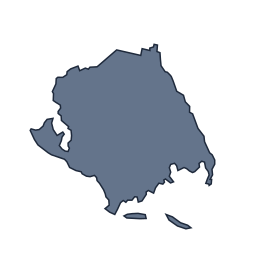 Terrebonne, Louisiana, United States of America (Natural Earth projection), rotated 14°
{"feature_id": "52423323B18014802865122", "entity_name": "Terrebonne", "entity_type": "district", "adm_level": 2, "iso_a3": "USA", "parent_name": "United States of America", "parent_adm1": "Louisiana", "projection": "natural_earth1", "projection_center": [-90.835, 29.408], "detail": "fine", "context": "isolated", "style": "filled", "palette": "slate", "viewbox_px": 256, "rotation_deg": 14, "n_neighbors": 0, "source": "geoboundaries", "source_scale": "gbopen_adm2", "svg_char_len": 2209}
<svg xmlns="http://www.w3.org/2000/svg" viewBox="0 0 256 256"><g transform="rotate(14 128 128)"><path d="M220.6,164.1L222.3,162.1L221.6,157.7L220.1,158.0L221.4,153.0L219.5,147.8L220.9,142.1L219.9,138.1L216.2,133.7L213.2,132.3L205.6,122.8L203.7,117.6L196.0,111.5L187.3,98.7L183.9,97.8L182.6,92.1L177.3,88.8L173.9,82.8L166.4,80.6L160.5,71.6L157.7,67.8L156.6,66.8L152.7,64.4L150.4,64.4L145.0,59.6L142.9,53.7L140.8,47.2L137.6,46.8L136.5,40.4L133.1,40.5L133.1,43.2L129.8,45.2L130.5,47.5L122.5,47.6L122.8,54.5L98.1,55.0L83.2,76.1L76.4,78.2L75.3,80.5L72.1,80.2L67.3,84.1L64.5,80.0L58.1,84.5L55.3,88.0L55.7,91.1L52.5,94.6L47.6,95.8L46.4,97.4L47.4,102.7L45.8,111.0L47.4,112.6L48.8,119.4L52.7,120.9L53.0,120.9L56.8,122.2L57.8,125.0L57.3,126.2L56.2,128.8L56.7,130.8L60.2,132.4L61.6,136.8L70.0,141.0L69.9,143.0L73.3,144.0L75.1,149.0L75.8,153.6L73.5,157.1L74.3,160.0L76.0,161.7L75.5,165.3L72.6,165.6L69.1,164.4L65.6,161.7L66.4,156.5L66.2,152.8L67.6,149.4L65.7,147.7L61.0,152.4L55.8,147.6L52.7,141.7L52.9,136.8L47.4,139.2L45.6,143.1L45.2,146.6L42.2,151.0L38.8,152.4L34.2,152.3L33.7,154.0L40.0,161.8L44.7,166.2L56.4,171.3L60.2,172.5L74.0,173.7L76.9,175.6L80.9,180.4L87.8,181.9L93.1,181.8L94.6,183.5L99.3,184.8L103.0,184.4L106.9,182.1L109.5,183.7L110.7,186.5L113.9,188.7L119.3,193.9L121.8,197.3L123.3,200.2L126.8,202.5L128.4,207.4L126.9,209.5L125.2,211.8L130.6,214.1L136.1,215.1L136.9,211.7L137.4,209.8L138.8,202.3L140.9,199.5L143.9,200.6L145.1,198.1L149.3,197.1L151.1,193.1L151.6,193.0L153.6,192.8L155.9,197.4L159.2,195.4L161.8,188.0L161.1,185.7L162.8,183.7L168.6,185.0L169.2,179.3L171.3,174.1L175.4,174.0L176.5,171.7L175.3,169.8L176.7,168.4L182.6,171.0L185.2,169.2L179.7,164.8L180.1,160.5L177.7,156.5L178.2,153.0L181.7,151.0L184.3,152.8L186.7,157.2L191.9,152.8L194.7,153.2L198.0,154.8L201.4,155.6L203.3,154.2L206.8,148.6L205.5,145.2L207.6,142.4L210.5,142.6L213.0,148.0L216.4,150.8L218.1,154.0L217.4,158.1L216.9,162.9L220.0,162.8L220.6,164.1ZM185.9,202.7L190.1,207.4L199.7,211.1L208.6,211.8L213.2,209.6L209.4,207.9L201.8,207.2L192.7,203.5L185.9,202.7ZM148.2,211.9L145.4,214.3L148.6,215.6L161.5,213.1L167.5,211.4L165.7,207.9L158.4,208.4L152.8,210.1L148.2,211.9Z" fill="#64748b" stroke="#1e293b" stroke-width="1.5"/></g></svg>